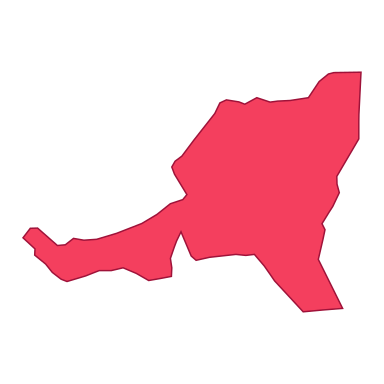 Brejinho, Pernambuco, Brazil (Mercator projection)
{"feature_id": "56859067B9303192166892", "entity_name": "Brejinho", "entity_type": "district", "adm_level": 2, "iso_a3": "BRA", "parent_name": "Brazil", "parent_adm1": "Pernambuco", "projection": "mercator", "projection_center": [-37.342, -7.335], "detail": "fine", "context": "isolated", "style": "filled", "palette": "rose", "viewbox_px": 384, "rotation_deg": 0, "n_neighbors": 0, "source": "geoboundaries", "source_scale": "gbopen_adm2", "svg_char_len": 1043}
<svg xmlns="http://www.w3.org/2000/svg" viewBox="0 0 384 384"><path d="M23.0,237.8L35.0,248.9L34.7,255.1L45.7,264.1L52.3,272.4L61.1,279.2L67.0,281.5L85.7,275.9L93.0,273.0L99.2,270.6L111.2,270.6L123.1,267.8L136.3,273.4L148.7,280.5L159.7,278.6L171.4,276.4L171.8,267.8L170.4,258.4L174.2,247.3L176.6,240.9L181.0,231.8L191.2,256.0L196.1,260.3L209.5,257.3L235.9,254.4L245.8,255.4L254.4,254.4L264.2,265.9L270.3,274.6L274.6,280.9L303.2,311.8L322.6,310.0L342.6,308.4L318.3,259.4L322.9,239.6L325.0,229.7L322.0,223.7L329.0,212.3L332.8,206.4L339.3,192.7L337.0,184.1L336.8,176.4L358.8,138.9L358.8,121.8L358.9,114.4L361.0,72.2L333.9,72.6L328.4,74.0L319.2,81.5L308.4,97.7L290.1,100.5L277.7,101.1L270.1,102.1L256.8,97.7L244.8,104.2L238.9,101.9L226.4,99.9L219.9,102.9L214.8,113.5L193.9,140.1L181.9,156.1L175.1,161.2L171.8,167.0L174.5,174.2L186.9,194.6L182.8,199.6L170.4,203.7L157.0,214.4L141.8,223.5L116.7,233.3L96.7,239.3L83.9,240.2L73.5,238.4L65.3,244.8L57.4,245.5L37.6,228.1L30.3,228.3L23.0,237.8Z" fill="#f43f5e" stroke="#9f1239" stroke-width="1.5"/></svg>